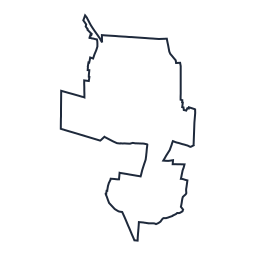 outline of Chiautla, México, Mexico
{"feature_id": "50627088B23878207605719", "entity_name": "Chiautla", "entity_type": "district", "adm_level": 2, "iso_a3": "MEX", "parent_name": "Mexico", "parent_adm1": "México", "projection": "natural_earth1", "projection_center": [-98.884, 19.571], "detail": "fine", "context": "isolated", "style": "outline", "palette": "slate", "viewbox_px": 256, "rotation_deg": 0, "n_neighbors": 0, "source": "geoboundaries", "source_scale": "gbopen_adm2", "svg_char_len": 5016}
<svg xmlns="http://www.w3.org/2000/svg" viewBox="0 0 256 256"><path d="M85.1,15.4L84.5,17.1L83.7,19.3L83.3,20.3L85.4,23.3L86.2,24.5L86.0,25.4L85.7,26.5L86.9,28.1L87.7,29.1L87.7,29.3L87.5,29.8L89.8,32.1L90.8,33.1L91.7,33.9L91.3,35.2L91.2,35.3L90.5,34.7L90.3,35.4L90.2,35.8L89.9,36.4L89.8,37.0L89.6,37.3L89.5,37.9L89.8,38.0L90.8,38.0L91.8,38.4L92.8,38.5L93.5,38.6L94.1,38.8L94.9,39.0L95.5,39.2L96.3,39.3L96.6,39.3L96.9,39.4L97.3,41.4L97.3,41.6L97.4,43.4L97.4,44.0L97.4,46.1L97.4,46.5L96.8,48.5L96.2,50.3L95.7,51.5L94.8,53.6L94.5,54.3L94.3,54.9L94.2,55.2L93.1,58.5L90.2,57.5L89.7,60.3L89.2,62.6L88.5,62.4L88.2,64.1L88.0,65.5L87.8,66.6L87.9,66.9L87.9,67.5L87.7,70.1L89.3,70.2L89.2,71.5L88.9,74.2L88.8,76.3L88.8,76.8L89.4,76.9L89.4,77.1L88.8,81.0L84.9,80.5L84.2,80.4L84.2,83.8L84.3,87.2L84.3,90.6L84.4,94.0L84.4,97.4L83.9,97.2L82.9,96.9L81.9,96.7L79.9,96.1L79.3,95.9L77.9,95.5L72.6,94.0L68.9,93.0L61.2,90.8L61.1,99.5L61.1,99.8L61.0,108.8L61.0,109.0L61.0,113.8L61.0,115.6L61.0,116.4L60.9,119.0L60.8,128.8L62.4,129.3L63.9,129.7L64.4,129.9L69.1,131.3L72.9,132.4L100.2,140.6L101.0,140.0L104.4,136.8L104.5,136.9L112.7,141.2L114.4,142.0L115.3,142.4L116.8,143.1L117.2,143.2L120.1,143.5L120.2,143.4L120.5,143.3L121.5,143.4L122.7,143.5L123.0,143.5L124.1,143.4L129.7,143.7L129.8,143.7L130.1,143.7L130.5,143.5L132.8,142.9L135.2,143.3L135.3,143.3L138.1,143.4L140.8,143.5L141.0,143.5L143.9,143.6L144.2,143.7L147.0,144.3L147.3,144.5L147.3,144.9L147.2,145.9L147.0,147.4L146.8,149.1L146.5,152.6L146.4,153.4L146.3,154.2L146.1,156.4L146.0,156.9L145.7,159.3L145.5,160.1L144.7,162.5L144.4,163.3L142.7,168.6L142.2,170.2L141.0,175.1L140.9,175.4L140.6,176.4L140.2,176.3L137.9,175.9L137.1,175.8L134.3,175.3L133.0,175.1L131.9,174.9L129.4,174.5L128.9,174.4L125.7,173.8L125.1,173.8L124.9,173.7L124.4,173.6L119.9,172.9L119.6,172.8L119.0,179.3L117.6,179.3L117.1,179.3L116.0,179.2L114.5,179.0L113.1,178.9L111.7,178.8L110.7,178.7L110.5,179.3L110.5,179.6L110.3,180.2L110.1,180.6L109.9,180.9L109.5,181.8L109.1,182.5L108.9,182.9L108.4,184.6L107.9,186.2L107.9,186.5L107.7,187.6L107.6,188.1L107.2,190.7L107.2,190.8L106.6,190.8L106.5,191.6L106.3,192.5L106.2,193.9L105.7,193.9L105.7,194.0L106.0,194.9L106.4,195.8L106.9,197.0L107.9,199.9L109.1,203.0L114.7,209.0L116.9,210.4L117.8,210.9L118.1,211.1L118.5,211.3L119.1,211.5L120.7,211.8L121.7,211.9L122.2,212.0L124.3,216.6L125.3,218.9L125.7,219.8L127.0,222.9L128.2,225.8L129.5,228.7L130.7,231.6L131.9,234.5L133.2,237.4L134.4,240.3L134.5,240.3L137.6,240.6L137.7,239.4L137.7,237.6L137.8,237.2L137.8,236.2L137.9,235.9L137.9,235.4L137.9,235.1L138.3,230.5L138.3,230.2L138.3,229.9L138.3,229.7L138.4,229.4L138.8,223.9L138.8,223.5L138.9,222.1L142.4,222.4L143.5,222.5L143.9,222.6L144.0,222.6L144.4,222.7L146.1,222.9L146.3,223.0L148.1,223.2L148.2,223.3L148.4,223.3L150.0,223.3L150.6,223.3L151.2,223.3L152.8,223.3L153.1,223.3L154.7,223.5L156.0,224.1L157.9,223.3L159.1,222.6L160.5,221.6L161.9,219.6L162.4,219.0L162.8,218.6L163.5,218.1L166.1,218.1L167.9,217.6L169.5,217.0L170.4,216.7L172.1,216.1L172.5,216.0L172.7,215.6L173.1,215.4L174.0,215.0L175.9,214.1L177.2,213.0L179.0,213.1L180.2,212.7L181.5,211.9L182.5,211.3L182.7,210.6L183.1,209.6L180.9,206.8L181.3,205.0L181.7,202.7L182.1,199.9L182.3,199.1L182.3,198.8L182.6,197.8L182.7,197.3L182.8,197.0L183.9,195.9L185.3,194.7L186.2,193.6L186.3,192.8L186.2,191.4L186.1,190.1L186.2,188.7L186.5,187.0L187.4,180.4L186.6,180.2L184.8,179.7L183.4,179.2L183.2,179.2L182.9,179.1L181.2,178.8L180.9,178.8L181.5,176.0L181.5,175.9L182.6,170.5L183.3,168.5L183.4,168.4L183.9,166.8L184.5,164.4L181.2,164.3L174.2,164.2L172.7,164.2L173.0,160.2L171.1,160.5L168.5,160.9L167.1,160.9L166.4,160.8L165.7,160.8L163.3,160.6L164.8,158.1L166.2,155.6L166.4,155.3L169.0,151.2L169.7,150.1L169.8,149.8L171.6,144.9L172.1,143.2L172.7,141.6L172.9,141.1L173.2,141.2L175.6,142.2L177.3,142.7L178.4,142.9L182.3,144.1L183.0,144.3L183.3,144.3L184.3,144.6L185.1,144.8L185.6,145.0L186.0,145.1L186.7,145.3L187.4,145.5L187.5,145.5L188.1,145.8L189.5,146.5L190.0,146.7L190.2,146.8L190.6,146.8L191.2,146.6L193.7,145.3L193.6,144.9L193.6,144.7L194.4,122.8L194.4,122.7L195.2,113.0L195.1,109.4L194.6,109.1L193.6,108.8L192.1,108.3L190.5,107.8L188.9,107.3L188.7,108.5L187.4,108.2L186.2,110.6L185.5,110.4L184.8,110.2L183.8,110.0L183.5,107.4L182.2,107.1L182.5,104.9L182.8,102.5L182.1,102.3L182.3,100.2L180.6,99.7L180.6,96.6L180.7,93.6L180.7,90.5L180.7,87.5L180.7,84.4L180.7,81.4L180.7,78.3L180.7,75.3L180.7,72.2L180.7,69.2L180.7,66.1L180.1,62.8L176.1,63.0L175.7,60.3L173.9,58.2L172.1,56.0L170.3,53.9L169.9,53.0L169.3,51.6L168.7,48.4L168.1,45.2L167.4,41.9L166.8,38.7L164.2,38.8L161.5,38.9L158.9,39.0L154.6,38.7L153.6,38.6L149.9,38.4L146.2,38.1L143.3,37.9L140.3,37.7L137.4,37.5L134.6,37.3L131.9,37.1L129.1,37.0L125.6,36.7L122.0,36.5L118.7,36.3L115.3,36.0L112.0,35.8L108.6,35.6L105.2,35.4L101.9,35.1L102.0,41.4L102.2,42.4L102.0,42.1L101.5,41.5L99.6,38.0L98.7,36.8L97.8,35.4L96.4,33.5L95.0,31.5L94.9,31.4L92.6,28.0L91.0,25.5L90.0,23.7L87.9,19.7L87.3,18.6L86.9,17.7L85.6,16.0L85.1,15.4Z" fill="none" stroke="#1e293b" stroke-width="2"/></svg>